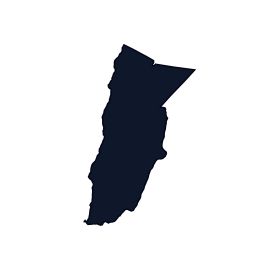 Cambuci, Rio de Janeiro, Brazil (Albers equal-area conic projection), rotated 327°
{"feature_id": "56859067B47636510010645", "entity_name": "Cambuci", "entity_type": "district", "adm_level": 2, "iso_a3": "BRA", "parent_name": "Brazil", "parent_adm1": "Rio de Janeiro", "projection": "albers", "projection_center": [-41.95, -21.483], "detail": "fine", "context": "isolated", "style": "filled", "palette": "ink", "viewbox_px": 256, "rotation_deg": 327, "n_neighbors": 0, "source": "geoboundaries", "source_scale": "gbopen_adm2", "svg_char_len": 2773}
<svg xmlns="http://www.w3.org/2000/svg" viewBox="0 0 256 256"><g transform="rotate(327 128 128)"><path d="M66.6,198.8L68.2,198.3L70.3,197.6L72.2,196.9L73.4,197.2L75.3,196.4L77.2,195.8L78.7,195.6L80.4,195.0L81.8,195.0L83.5,195.9L84.5,197.9L85.7,199.4L87.5,199.9L89.1,199.1L90.2,198.5L91.8,198.1L93.4,197.4L94.9,196.1L97.1,194.8L99.4,193.8L101.2,192.4L102.0,191.3L103.0,190.3L105.2,189.1L106.9,188.2L108.1,187.6L109.2,186.5L110.3,185.5L111.5,184.8L113.7,183.3L114.9,182.4L116.0,181.8L117.7,180.6L119.5,178.8L120.8,177.7L122.3,176.6L124.1,175.3L126.2,174.8L128.1,173.8L129.3,172.7L131.0,171.9L133.5,170.6L135.5,170.2L136.9,170.5L138.8,171.8L140.6,172.4L142.0,172.2L143.6,172.0L145.1,171.1L146.2,170.4L146.9,169.0L146.4,167.4L146.0,166.0L145.8,163.4L146.6,161.5L147.4,160.3L148.5,159.0L149.5,158.0L150.6,156.9L152.2,156.0L153.7,154.8L154.8,153.0L155.9,151.7L156.9,150.6L158.2,149.6L159.5,148.2L160.6,146.7L162.3,145.1L163.6,143.2L164.9,142.3L166.5,141.3L166.4,139.0L167.2,137.2L168.3,135.5L168.6,133.7L169.8,132.7L169.9,131.2L168.7,130.1L167.4,129.0L166.6,127.9L180.7,124.1L201.6,119.2L215.6,115.6L199.4,101.8L185.8,89.5L183.8,90.0L182.6,89.3L182.8,88.1L184.2,87.6L185.3,86.8L186.1,85.4L182.0,77.4L179.4,72.8L177.1,68.5L174.8,64.4L169.9,56.1L168.5,56.9L166.9,57.7L165.9,59.2L165.0,60.4L163.6,61.2L161.6,61.4L160.3,62.3L158.8,63.2L157.5,63.4L156.2,63.6L154.9,63.9L153.4,64.5L152.2,65.8L151.4,67.2L150.3,68.5L149.5,69.6L149.5,71.5L148.8,72.8L147.9,73.8L146.2,74.3L144.9,75.1L143.6,76.4L141.7,77.5L140.9,79.1L139.4,79.2L137.8,80.1L136.8,80.9L134.9,81.2L134.0,82.9L134.1,84.6L135.1,86.4L133.9,87.7L132.8,89.4L131.9,90.7L130.2,92.2L128.9,93.4L127.8,94.3L127.0,95.5L125.7,96.2L124.4,96.4L123.0,97.4L121.9,98.3L120.4,99.0L119.2,99.7L118.0,100.2L116.8,101.4L115.7,102.6L113.9,103.7L112.3,104.9L111.6,107.0L110.4,108.9L109.1,110.9L108.5,112.8L108.0,114.5L106.7,116.2L105.5,116.9L104.7,118.6L103.7,120.3L104.1,121.9L103.1,123.0L102.1,124.1L100.1,125.2L98.1,126.9L95.9,128.0L94.6,129.2L92.6,130.1L91.2,131.9L90.6,133.4L89.3,134.1L87.4,134.5L85.8,135.8L84.3,136.9L82.7,138.0L79.9,138.5L78.0,139.2L76.4,140.5L74.7,142.2L73.4,144.0L72.6,145.1L71.3,145.2L69.8,146.4L68.3,147.5L68.3,149.1L68.6,150.5L69.2,152.0L68.8,153.9L68.6,155.8L67.8,157.3L66.5,158.0L65.4,158.8L64.7,160.6L63.8,162.2L62.5,163.8L61.3,165.6L60.2,167.2L58.9,168.7L57.7,170.5L55.9,171.0L54.1,172.0L54.0,174.1L52.0,175.7L50.8,177.1L49.7,178.5L48.6,179.8L47.3,181.1L46.4,182.3L44.9,182.8L43.7,183.8L41.6,183.7L41.6,185.5L42.0,187.1L43.8,188.0L45.3,188.9L46.9,189.6L48.6,190.8L50.0,191.5L51.0,193.2L52.3,194.6L53.8,195.1L55.2,194.2L56.9,193.8L58.4,194.1L59.2,195.7L59.9,197.0L61.6,197.1L63.7,198.2L65.3,198.7L66.6,198.8ZM41.6,183.7L41.6,182.2L40.4,182.7L41.6,183.7Z" fill="#0f172a" stroke="#020617" stroke-width="1.5"/></g></svg>